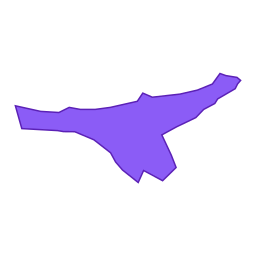 the Municipality of Babites
{"feature_id": "LVA-5756", "entity_name": "Babites", "entity_type": "Municipality", "adm_level": 1, "iso_a3": "LVA", "parent_name": "Latvia", "parent_adm1": "", "projection": "natural_earth1", "projection_center": [23.789, 56.896], "detail": "fine", "context": "isolated", "style": "filled", "palette": "violet", "viewbox_px": 256, "rotation_deg": 0, "n_neighbors": 0, "source": "natural_earth", "source_scale": "10m", "svg_char_len": 576}
<svg xmlns="http://www.w3.org/2000/svg" viewBox="0 0 256 256"><path d="M220.0,73.5L225.9,75.6L237.0,77.4L240.6,80.4L237.6,83.9L235.2,88.7L217.7,98.9L214.8,103.5L203.7,109.4L195.8,117.6L176.8,126.7L161.8,134.9L171.3,155.2L176.1,167.5L162.6,180.7L143.6,170.5L138.2,182.5L122.5,170.0L115.6,162.0L110.6,152.8L93.9,139.8L74.7,131.7L63.5,131.6L57.7,130.6L21.8,128.6L15.4,105.8L40.7,111.4L58.9,112.5L69.2,107.4L80.3,109.4L95.3,109.4L110.3,107.4L137.3,101.3L142.8,93.1L152.3,97.2L180.0,94.1L197.4,90.1L212.4,84.0L220.0,73.5Z" fill="#8b5cf6" stroke="#5b21b6" stroke-width="1.5"/></svg>